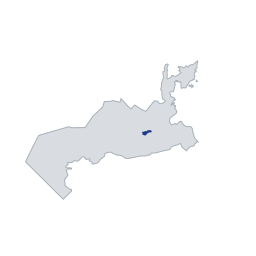 location of Navbakhor, Navoi, Uzbekistan, rotated 312°
{"feature_id": "79887680B67095237367046", "entity_name": "Navbakhor", "entity_type": "district", "adm_level": 2, "iso_a3": "UZB", "parent_name": "Uzbekistan", "parent_adm1": "Navoi", "projection": "equal_earth", "projection_center": [65.4, 40.147], "detail": "fine", "context": "in_parent", "style": "filled", "palette": "blue", "viewbox_px": 256, "rotation_deg": 312, "n_neighbors": 0, "source": "geoboundaries", "source_scale": "gbopen_adm2", "svg_char_len": 4573}
<svg xmlns="http://www.w3.org/2000/svg" viewBox="0 0 256 256"><g transform="rotate(312 128 128)"><path d="M196.5,115.1L200.0,113.4L202.0,114.5L202.2,115.2L200.1,116.4L198.1,117.1L197.6,118.7L195.7,119.4L193.8,121.6L190.8,123.8L190.7,124.3L191.0,124.6L192.0,124.9L194.1,126.1L196.0,125.4L196.5,125.6L197.0,126.3L197.6,128.3L198.5,128.9L201.3,130.0L203.5,130.0L204.5,130.4L204.7,130.2L204.7,127.2L205.6,127.7L206.6,127.3L206.9,125.8L206.7,124.8L207.4,124.3L207.8,124.6L207.8,125.5L208.9,126.1L209.6,127.6L209.9,129.3L211.9,129.8L212.6,129.5L213.1,129.6L213.5,131.8L213.8,132.0L215.5,131.6L217.1,132.5L218.8,134.1L220.8,134.2L221.2,134.5L222.6,134.3L224.2,134.7L224.3,135.0L224.0,135.4L220.3,137.4L219.2,138.8L218.4,139.2L216.1,138.4L215.8,139.3L216.2,140.1L215.7,141.0L214.5,140.7L214.3,140.2L213.1,140.5L211.8,141.9L211.2,143.1L210.0,143.5L208.3,144.7L207.6,143.8L206.4,143.9L204.7,142.9L203.9,142.7L196.6,144.0L196.0,143.8L195.2,142.2L193.3,141.3L193.4,140.5L197.1,137.1L197.5,136.0L196.2,135.5L196.4,134.6L193.9,131.9L193.4,131.7L193.1,131.8L192.3,133.8L185.8,137.3L184.9,136.9L183.4,135.6L182.4,135.2L181.3,136.3L181.3,137.6L180.1,138.6L181.3,142.1L181.2,142.6L180.4,142.7L181.0,144.0L180.5,144.2L177.4,143.7L173.8,144.5L173.9,145.1L177.1,145.0L177.6,145.2L177.6,145.6L177.4,145.9L175.7,146.2L175.6,146.8L176.5,148.4L176.1,148.7L175.5,148.4L175.0,149.4L173.9,149.4L173.4,152.4L172.5,153.5L171.3,154.0L163.6,152.6L161.6,153.6L160.3,154.9L159.4,158.3L159.5,158.6L162.8,159.9L163.4,162.0L167.4,162.1L168.0,162.5L168.4,163.0L168.6,163.5L167.5,166.8L167.9,169.8L168.6,171.1L171.0,173.7L170.9,175.1L170.4,176.4L169.7,177.5L169.0,178.0L168.1,179.4L167.2,181.1L165.5,183.4L165.0,184.7L164.8,188.3L164.4,189.4L164.3,189.0L163.7,188.6L162.0,188.5L161.6,188.0L159.4,188.9L157.9,188.5L156.5,187.0L153.7,186.4L150.2,186.8L150.0,183.0L150.2,180.1L151.4,177.9L151.3,177.5L150.7,176.7L148.6,176.1L146.1,174.4L143.8,173.2L142.5,172.9L141.1,173.5L139.7,173.3L133.6,168.8L128.4,165.5L124.9,162.2L123.2,162.6L118.7,159.5L115.8,156.3L106.2,149.1L104.3,147.3L103.9,146.4L103.2,142.1L102.4,140.1L101.1,139.0L100.1,136.9L98.6,131.8L98.1,130.8L95.2,128.7L93.6,128.1L92.3,128.5L91.7,129.3L90.7,129.4L86.5,128.5L81.9,128.9L77.8,126.3L77.6,125.9L77.6,125.2L78.5,123.5L78.3,122.7L77.8,121.9L77.8,121.1L78.2,120.6L79.0,120.7L79.2,120.4L79.2,120.0L78.2,118.9L76.4,117.9L76.8,117.3L76.9,115.6L77.2,114.8L77.0,114.5L75.6,113.3L71.1,113.2L70.0,112.8L69.2,112.4L68.4,110.5L67.9,110.1L64.8,109.4L61.7,106.2L61.1,107.6L60.4,107.9L58.0,107.5L56.8,108.4L59.6,111.6L60.3,112.6L60.2,113.2L59.3,113.3L58.6,111.7L58.2,111.3L55.4,110.5L54.4,111.4L54.1,112.7L52.8,114.8L51.4,115.1L48.0,115.3L46.9,115.7L46.2,116.3L44.9,118.2L43.1,119.6L43.5,125.6L44.5,127.1L43.4,128.3L31.7,127.5L34.3,74.5L51.0,69.6L62.8,66.6L89.1,83.0L89.7,83.7L90.0,85.1L90.7,86.2L99.7,95.9L113.1,94.0L126.7,95.1L131.8,92.7L135.9,97.0L138.4,98.6L141.8,104.8L145.1,103.2L144.5,110.7L144.1,113.0L144.1,117.5L149.6,117.6L150.7,124.9L152.0,129.6L153.2,130.1L163.5,129.4L164.3,129.8L165.7,129.3L166.7,130.8L167.7,131.8L167.1,135.0L168.3,136.3L171.2,137.8L173.0,137.8L173.3,137.2L173.2,136.5L172.8,135.7L172.8,134.7L173.1,134.0L174.7,131.6L177.5,129.2L178.1,128.3L178.3,126.8L179.3,126.0L181.7,125.0L182.1,124.2L185.0,122.3L188.2,121.1L189.7,120.2L191.1,118.3L193.2,116.4L194.0,116.4L194.6,117.0L195.1,117.0L196.5,115.1ZM196.3,133.1L195.9,132.2L195.3,131.8L195.1,132.0L196.0,133.2L196.3,133.1ZM202.9,148.6L200.7,148.5L201.1,147.1L200.3,146.4L200.1,145.7L200.2,145.0L200.8,144.8L201.4,145.8L203.1,146.3L202.6,147.3L203.0,148.4L202.9,148.6ZM209.5,147.1L209.1,148.4L208.1,147.8L208.3,147.4L209.5,147.1Z" fill="#d9dde1" stroke="#a8b0b8" stroke-width="1"/><path d="M134.7,142.2L134.4,143.2L133.7,143.2L133.7,143.5L133.9,143.5L134.0,143.4L134.6,143.3L135.0,143.5L134.9,143.6L134.7,143.6L134.6,143.8L134.8,144.0L134.8,144.4L134.6,144.5L134.4,144.6L134.2,144.8L134.3,145.0L134.5,145.2L134.9,145.4L135.3,145.2L135.8,145.3L136.3,145.4L136.7,145.4L137.3,145.1L137.8,145.2L138.2,145.3L138.2,145.7L138.3,145.7L138.5,145.5L138.8,145.8L139.2,146.0L139.3,146.1L139.7,146.3L140.0,146.6L140.0,147.0L140.3,147.1L140.7,147.3L141.0,147.4L141.4,147.4L140.9,147.2L140.5,147.0L140.3,146.9L140.2,146.6L139.8,146.2L139.7,145.8L139.9,145.9L140.2,145.8L140.0,145.6L139.7,145.6L139.4,145.5L139.2,144.9L138.9,145.0L138.2,144.9L137.8,144.9L137.6,144.8L137.5,144.5L137.2,144.2L137.1,143.8L136.9,143.8L136.8,144.2L137.0,144.4L136.7,144.6L136.2,144.4L136.0,144.1L135.8,143.9L136.0,143.7L136.1,143.2L135.8,143.1L134.7,142.2Z" fill="#3b82f6" stroke="#1e3a8a" stroke-width="1.5"/></g></svg>